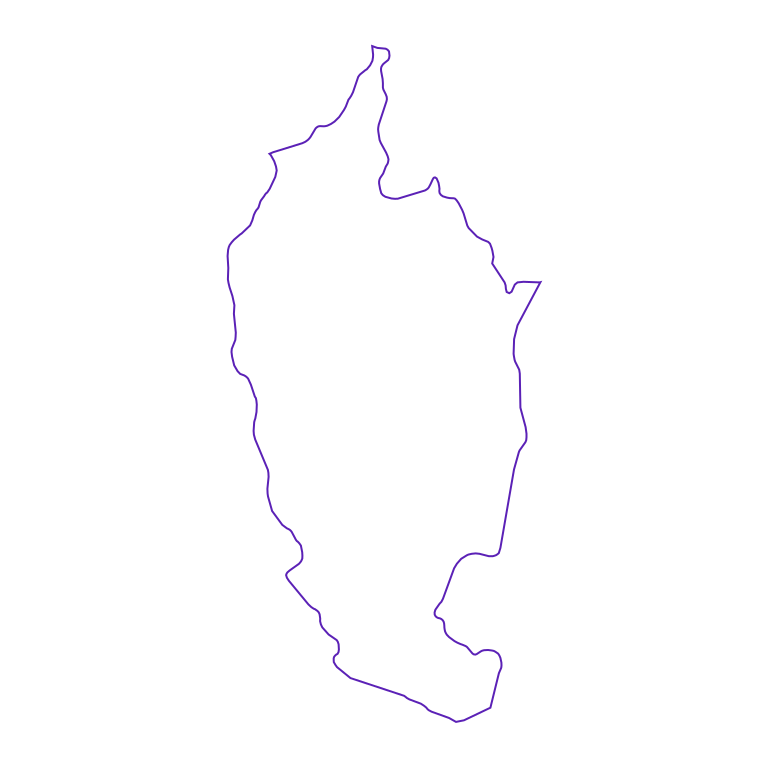 an SVG outline of Maha Sarakham
{"feature_id": "THA-440", "entity_name": "Maha Sarakham", "entity_type": "Province", "adm_level": 1, "iso_a3": "THA", "parent_name": "Thailand", "parent_adm1": "", "projection": "natural_earth1", "projection_center": [103.175, 16.023], "detail": "fine", "context": "isolated", "style": "outline", "palette": "violet", "viewbox_px": 768, "rotation_deg": 0, "n_neighbors": 0, "source": "natural_earth", "source_scale": "10m", "svg_char_len": 4076}
<svg xmlns="http://www.w3.org/2000/svg" viewBox="0 0 768 768"><path d="M372.2,46.1L377.3,47.9L385.7,48.7L387.5,49.7L389.0,51.4L389.5,55.7L389.1,58.1L388.2,60.0L384.2,63.2L383.0,64.3L382.1,65.6L381.3,67.1L381.0,68.9L381.1,71.0L382.6,79.0L382.9,83.1L382.9,87.6L383.4,89.6L385.7,94.2L386.7,96.8L386.9,99.2L386.5,101.2L378.8,124.5L378.3,127.2L378.1,129.3L378.3,131.6L379.6,140.0L380.8,142.9L386.1,152.6L387.7,156.3L388.5,159.3L388.2,161.5L387.7,163.5L385.8,166.6L383.2,173.5L380.2,177.9L379.5,179.5L379.1,181.4L379.1,183.5L380.1,189.0L381.3,193.3L382.9,195.2L385.4,196.8L391.6,198.5L395.0,198.8L397.8,198.7L424.9,190.5L426.3,189.7L427.7,188.7L428.8,187.4L430.4,184.4L432.8,179.2L433.7,177.8L435.0,177.4L436.6,178.4L438.5,182.8L439.1,185.9L439.5,188.8L439.3,191.0L439.6,193.0L440.8,194.8L442.8,196.3L447.0,197.6L449.7,198.1L453.9,198.3L455.1,198.7L456.7,200.4L458.7,203.3L462.1,209.8L463.6,213.4L467.3,225.6L468.7,228.1L477.0,236.6L482.3,239.5L488.2,241.9L490.0,243.7L491.6,247.9L492.4,250.8L493.5,257.0L492.2,263.5L504.6,282.4L505.6,285.4L505.9,288.9L506.7,292.0L509.3,293.2L511.6,291.7L514.8,284.6L517.5,282.4L523.5,281.8L539.6,282.4L540.4,282.2L517.5,325.3L514.1,339.1L513.6,353.8L513.9,356.0L514.6,359.9L515.2,361.7L519.2,369.7L519.8,373.6L520.4,407.7L525.6,427.1L526.5,433.7L526.5,437.3L526.2,440.3L525.4,442.2L519.6,450.4L518.9,452.0L514.0,469.5L500.4,547.9L498.8,553.1L497.5,554.2L496.2,555.1L494.6,555.7L492.8,556.2L488.9,556.2L479.5,553.8L475.7,553.4L471.7,553.8L468.3,554.6L466.8,555.3L461.2,558.8L456.9,563.7L454.1,568.3L443.0,598.7L441.4,601.8L439.6,603.7L435.4,609.7L434.6,612.4L434.7,614.6L435.5,616.1L436.6,617.2L438.2,618.0L439.8,618.3L441.3,619.0L442.6,620.1L443.6,621.6L444.1,623.4L444.3,625.5L444.4,627.7L444.7,629.7L445.1,631.5L445.9,633.2L446.8,634.7L449.1,637.1L454.5,641.1L457.4,642.7L460.6,644.1L462.4,644.7L465.7,646.1L467.0,647.0L472.4,653.4L473.6,654.3L475.3,654.6L476.7,654.1L480.8,651.4L482.2,650.7L484.1,650.2L488.1,650.0L491.9,650.5L493.8,650.9L495.3,651.7L498.1,653.6L499.3,655.4L500.4,657.9L501.4,662.6L501.5,665.4L501.3,667.4L501.1,668.1L498.9,673.2L490.4,707.7L464.0,720.3L456.0,721.9L449.1,718.0L431.6,711.7L428.6,710.1L427.3,708.9L426.3,707.6L424.1,705.8L420.9,703.7L409.4,699.4L406.9,698.0L405.6,696.9L404.1,695.8L350.5,678.1L337.0,667.1L335.5,665.0L333.8,662.1L333.7,660.1L333.7,658.2L334.2,656.7L335.1,655.6L336.2,654.6L337.5,653.9L338.5,652.1L338.9,649.5L338.6,644.3L337.8,641.8L336.7,640.1L328.6,634.5L322.3,627.4L320.9,624.4L320.1,621.2L320.2,618.5L319.6,614.3L318.7,612.3L317.4,610.9L315.0,609.2L313.7,608.7L311.3,607.1L308.4,604.4L288.9,580.8L286.9,577.7L286.1,575.1L286.6,573.6L287.4,572.4L289.6,570.5L299.1,563.7L301.0,561.4L301.7,560.0L302.3,558.5L302.4,555.7L302.2,552.2L300.9,545.6L299.3,543.3L297.8,541.7L296.9,541.1L295.9,539.8L291.7,531.9L291.0,531.0L290.0,530.0L288.6,529.1L287.0,528.4L282.3,524.9L272.1,511.0L268.0,496.4L267.6,493.6L267.4,488.8L268.6,476.9L268.4,472.9L267.9,469.9L255.2,439.5L253.9,434.7L253.6,430.9L254.2,422.1L254.7,420.2L255.3,418.5L256.5,412.0L256.8,404.6L256.4,400.8L255.9,398.2L254.8,396.5L250.9,384.7L248.1,378.6L247.0,377.4L245.7,376.3L244.2,375.4L240.2,373.9L237.6,371.2L234.2,365.4L232.1,356.7L231.5,352.0L231.8,348.8L235.3,340.0L235.6,336.9L235.8,332.6L233.9,313.8L234.4,305.2L232.4,296.0L229.6,287.4L228.5,282.9L227.9,279.4L228.3,268.0L227.6,256.0L228.1,249.9L228.8,247.1L229.7,245.0L231.7,242.3L234.0,239.7L240.2,234.4L241.6,233.5L250.1,225.4L252.3,220.4L253.9,214.9L255.2,212.1L256.4,210.1L257.5,208.9L258.5,207.5L260.3,201.7L261.1,200.2L264.1,196.2L265.0,194.7L266.0,193.4L267.2,192.5L269.7,188.8L275.3,176.9L276.7,170.5L276.0,166.5L274.2,161.2L270.8,155.1L269.5,153.8L273.2,152.2L302.3,143.2L305.3,141.8L307.8,140.0L309.2,138.6L310.4,137.1L315.6,128.4L316.8,127.3L318.3,126.4L320.0,126.1L323.8,126.3L325.6,126.1L327.3,125.7L330.9,124.0L334.5,121.6L339.2,117.0L344.0,109.9L345.8,106.6L348.5,99.6L349.5,98.4L351.2,95.8L353.0,92.2L358.2,76.9L359.1,75.6L360.1,74.4L365.3,70.2L366.8,69.3L370.1,65.3L372.4,60.8L373.0,57.2L373.1,54.6L372.2,46.1Z" fill="none" stroke="#5b21b6" stroke-width="2"/></svg>